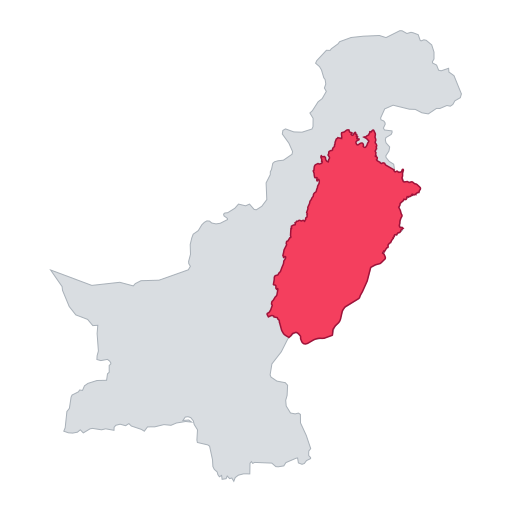 Punjab on a map of Pakistan (Equal Earth projection)
{"feature_id": "PAK-1113", "entity_name": "Punjab", "entity_type": "Province", "adm_level": 1, "iso_a3": "PAK", "parent_name": "Pakistan", "parent_adm1": "", "projection": "equal_earth", "projection_center": [72.142, 30.862], "detail": "fine", "context": "in_parent", "style": "filled", "palette": "rose", "viewbox_px": 512, "rotation_deg": 0, "n_neighbors": 0, "source": "natural_earth", "source_scale": "10m", "svg_char_len": 9683}
<svg xmlns="http://www.w3.org/2000/svg" viewBox="0 0 512 512"><path d="M454.0,75.7L461.4,93.9L460.3,97.7L454.9,100.8L452.8,104.5L450.3,106.2L446.9,105.5L439.8,108.5L436.5,108.4L428.3,113.9L421.9,112.8L415.3,109.4L409.4,109.2L393.1,105.2L384.7,108.9L380.6,118.0L381.0,119.8L383.8,121.0L385.0,122.7L385.2,124.2L383.4,128.1L384.5,130.0L392.0,130.9L392.1,132.4L391.2,134.4L385.9,137.6L385.3,139.9L386.0,142.8L389.7,147.0L388.9,151.1L385.8,155.9L386.1,157.6L389.2,161.4L393.7,164.2L394.4,168.6L393.8,170.3L395.0,171.7L402.8,172.1L402.3,177.1L403.4,180.9L406.1,182.1L411.1,182.0L417.3,185.0L419.9,188.1L419.7,190.3L417.9,192.8L405.0,199.2L400.4,203.6L399.2,207.2L401.4,215.5L399.6,225.0L400.2,226.8L402.0,227.4L402.6,230.1L396.2,234.9L395.1,234.9L386.8,247.5L384.0,250.4L383.6,253.2L385.0,257.7L381.8,262.0L370.9,267.4L367.1,280.5L358.8,298.4L344.4,307.8L343.1,309.7L338.9,321.8L334.3,327.6L332.3,335.0L323.8,338.2L314.6,339.5L306.6,343.5L304.6,343.7L301.9,341.6L300.3,335.8L296.7,332.9L294.5,332.8L287.8,338.9L281.3,351.8L271.9,363.9L270.1,374.9L271.0,377.1L276.9,381.1L285.3,382.7L287.6,385.3L287.1,395.4L285.7,400.3L286.2,406.0L290.5,413.0L295.2,413.9L298.4,413.1L300.4,414.4L300.5,422.9L306.3,435.5L310.7,448.6L308.8,451.0L308.7,452.6L308.7,455.6L310.6,457.6L310.6,458.6L306.5,460.6L304.3,463.5L302.0,464.3L298.4,462.9L297.6,458.0L296.1,458.2L285.9,462.6L283.8,465.9L278.2,466.8L275.8,466.6L271.8,463.1L254.6,462.4L252.7,463.4L251.4,461.6L250.0,463.3L249.8,473.9L243.7,473.8L238.3,475.2L235.2,477.6L233.8,481.3L231.8,478.0L229.6,478.6L227.2,476.0L226.1,478.7L222.1,479.3L221.6,475.4L219.4,476.8L217.9,474.7L217.2,472.0L214.3,469.4L212.9,466.5L212.5,459.7L209.6,446.2L207.8,444.9L197.4,442.5L196.9,440.1L197.5,429.8L194.2,424.5L193.3,420.8L190.7,417.6L188.0,416.7L185.2,417.1L182.9,420.5L188.7,420.0L191.6,422.1L185.6,421.5L176.4,423.0L171.0,425.3L163.9,424.6L154.9,426.8L147.5,426.9L144.3,431.2L141.4,429.4L131.3,426.0L128.9,423.6L125.6,425.7L120.1,424.2L115.8,425.3L114.1,427.3L114.0,430.3L105.6,428.8L101.6,429.8L92.5,428.4L90.1,428.8L83.3,432.9L80.3,429.8L77.4,432.2L72.6,433.1L68.4,432.8L63.8,431.2L65.2,427.7L66.9,411.5L69.4,408.3L71.1,397.1L72.1,395.0L78.5,391.8L79.6,390.0L82.5,390.4L84.5,385.8L87.9,383.4L97.0,380.5L106.6,380.3L107.5,373.8L109.2,372.3L109.2,365.5L110.8,363.9L110.8,362.9L109.6,361.0L107.4,359.4L100.8,360.6L96.9,359.5L97.1,355.8L98.4,351.0L97.1,333.6L97.8,325.3L92.8,325.6L87.6,319.4L75.8,314.9L69.2,306.5L62.5,290.3L62.1,286.6L50.6,270.0L91.8,285.4L119.8,282.3L133.3,285.9L135.3,283.6L141.0,280.7L159.0,280.2L188.3,269.8L190.4,266.3L188.8,263.7L188.6,261.5L190.5,254.3L190.2,244.5L191.8,237.9L193.2,234.2L198.3,230.6L201.9,224.7L204.4,222.3L206.9,220.9L209.5,221.1L211.7,223.0L216.0,223.9L220.2,223.3L227.5,219.6L227.4,218.4L224.0,215.9L223.6,214.1L224.8,213.0L227.7,212.7L234.8,208.3L238.5,204.1L245.6,205.8L249.5,204.1L254.1,209.4L256.3,209.8L261.8,206.3L266.8,199.6L266.1,182.9L270.3,174.6L270.3,171.8L271.5,169.5L272.8,163.3L274.5,161.8L277.9,160.8L283.4,160.2L292.0,154.3L292.6,151.6L288.9,143.2L282.3,134.0L282.9,130.4L285.5,128.9L293.8,131.9L302.0,132.2L312.0,129.0L313.0,126.6L313.1,118.3L309.9,113.0L312.4,110.7L318.1,101.8L322.2,98.6L326.3,91.4L324.4,88.0L325.8,84.0L325.1,79.5L323.8,77.8L321.5,70.0L319.5,66.6L315.6,63.2L316.8,60.6L326.4,50.3L330.1,50.4L331.4,48.7L338.1,43.8L339.6,41.7L351.1,37.5L363.3,36.2L379.4,35.5L386.0,37.6L399.8,30.7L402.1,30.8L406.9,33.5L411.0,32.3L413.2,32.8L418.2,34.7L420.2,40.4L421.1,40.9L423.9,39.8L426.2,40.3L431.7,44.9L434.0,52.1L434.0,59.0L432.4,61.7L432.6,63.0L436.6,65.1L438.6,70.2L441.2,70.8L448.6,68.3L448.9,72.0L454.0,75.7Z" fill="#d9dde1" stroke="#a8b0b8" stroke-width="1"/><path d="M417.2,184.7L419.7,187.0L420.4,187.9L420.5,188.7L420.3,189.4L419.5,190.4L418.9,192.5L417.8,192.5L416.5,193.2L415.9,193.8L415.9,194.6L415.0,194.4L414.5,194.8L414.1,194.9L412.5,194.2L412.1,194.3L412.3,195.3L411.4,195.2L411.2,195.4L410.7,196.2L410.4,196.4L408.7,196.5L408.3,197.1L407.2,196.6L406.8,197.4L406.6,198.5L406.1,199.4L405.6,199.6L403.9,199.2L403.2,200.7L402.5,201.2L400.2,203.3L400.0,203.9L399.9,205.2L399.6,205.6L399.4,206.3L399.1,206.6L398.7,207.2L400.4,210.6L401.2,213.8L402.0,215.1L402.0,215.7L401.9,216.4L400.9,218.1L399.9,221.0L399.8,221.8L399.8,223.3L399.3,225.3L399.5,226.5L400.1,227.4L400.5,227.6L402.1,227.4L403.2,228.4L401.2,229.8L400.8,230.4L400.8,231.1L399.7,232.5L398.1,232.8L397.7,233.1L397.3,233.5L396.7,234.9L395.2,234.6L394.6,234.9L394.2,235.5L394.4,236.1L394.2,236.7L393.1,237.5L393.3,238.4L392.5,239.2L391.4,240.8L391.2,241.5L390.9,241.9L390.7,242.6L389.4,243.2L388.3,244.5L388.0,245.1L388.1,246.3L388.1,247.1L387.7,247.6L386.7,247.9L384.8,251.0L384.1,250.9L384.2,251.8L383.8,251.7L383.2,252.0L382.8,252.5L382.6,253.2L383.9,254.0L385.0,256.3L385.4,257.8L385.2,258.8L381.0,262.9L380.0,263.6L375.4,264.8L371.0,267.2L370.6,267.7L367.2,281.0L362.5,291.5L360.3,295.4L359.5,297.7L358.7,298.6L345.4,306.7L344.7,307.3L342.8,310.1L342.2,311.5L340.7,318.4L340.2,320.0L339.5,321.5L338.5,322.8L335.3,325.8L333.2,329.0L332.8,330.3L332.5,334.5L332.4,335.1L332.0,335.4L324.3,338.2L322.1,338.4L320.1,338.2L317.9,338.4L315.7,339.0L313.7,339.8L307.6,343.4L305.5,344.0L303.7,343.7L302.3,342.6L301.4,340.9L300.6,338.7L300.6,336.7L300.4,336.0L298.5,333.7L297.2,332.7L295.9,332.3L294.4,332.9L292.9,333.3L292.4,333.7L291.0,335.6L288.9,337.4L286.0,335.7L284.4,334.6L283.5,333.6L281.9,330.8L281.5,329.8L280.0,324.2L279.8,323.3L279.4,322.4L279.3,320.7L279.0,320.1L277.9,319.1L277.3,317.6L274.2,317.0L273.9,316.9L273.8,316.2L273.7,316.0L272.1,315.5L271.1,315.6L268.4,316.9L267.1,314.5L267.1,313.8L267.3,313.4L269.2,312.3L270.7,309.9L272.3,305.3L272.1,304.9L271.5,304.0L271.7,302.5L272.0,301.5L273.3,300.2L275.2,297.0L276.4,295.9L276.9,294.9L277.8,289.8L277.8,288.8L277.6,288.6L277.4,288.7L276.7,289.3L275.9,288.3L275.9,286.3L275.8,285.6L275.2,285.1L273.7,284.8L273.4,284.4L274.2,279.8L274.3,277.3L274.7,276.3L275.0,275.9L276.0,275.4L277.5,275.1L278.1,274.6L279.0,272.9L280.4,271.6L281.9,267.5L283.3,264.2L283.6,263.0L283.7,261.8L283.9,260.8L284.9,259.5L285.6,258.0L285.7,257.0L285.4,256.6L284.6,256.6L284.2,256.9L283.8,257.6L283.7,257.6L283.5,257.3L283.5,256.2L282.9,255.8L282.9,255.4L283.6,252.5L283.9,250.7L284.1,249.8L286.5,245.0L286.6,244.5L286.2,243.4L286.6,241.5L287.0,241.2L287.8,241.0L289.9,237.7L290.7,237.5L290.8,237.3L290.8,236.5L290.5,235.5L290.9,228.8L291.2,229.0L291.6,228.3L291.4,226.5L291.4,226.2L293.5,225.0L295.1,224.8L295.3,224.4L295.1,222.9L295.5,223.0L295.7,222.8L296.1,221.9L296.6,221.2L297.8,221.2L299.1,220.3L299.9,220.4L301.3,221.0L303.2,220.3L304.6,221.3L305.0,220.4L305.7,219.5L305.6,218.9L305.9,217.9L306.0,217.6L306.8,217.2L307.0,216.9L307.2,215.7L306.9,214.7L307.4,214.0L306.6,212.6L307.9,208.8L307.8,207.3L309.5,203.6L309.9,201.6L310.2,200.9L311.3,199.5L311.8,198.1L313.1,196.5L313.3,195.9L313.4,194.8L313.7,193.9L314.6,192.8L315.9,191.9L316.2,191.4L316.7,189.3L317.4,187.7L317.6,186.1L319.0,183.5L319.2,183.0L319.3,180.6L319.0,180.0L318.9,179.7L318.7,179.4L318.3,179.5L318.1,180.0L317.7,180.2L317.3,180.9L317.1,180.9L316.9,180.6L316.7,179.9L317.0,178.5L317.0,177.7L316.8,177.6L315.2,177.8L314.9,177.6L314.6,177.1L314.2,175.0L314.1,173.4L313.2,170.9L313.9,170.3L314.2,167.3L314.4,166.3L315.0,165.2L315.4,164.8L318.0,163.5L319.2,164.1L321.5,163.4L321.8,163.1L322.2,162.3L322.3,161.9L322.1,161.4L321.6,161.4L321.8,159.5L321.3,158.6L321.3,157.9L320.9,157.3L320.9,156.9L321.1,155.9L321.3,155.7L321.9,156.4L322.6,156.7L323.1,156.8L324.1,156.4L324.9,156.9L325.5,157.7L325.6,159.2L326.0,160.2L326.9,161.3L328.2,161.9L328.4,161.5L328.5,160.2L328.7,159.6L329.4,158.5L329.5,157.8L329.4,157.1L328.5,155.7L328.2,155.4L328.1,154.8L328.8,153.3L328.7,152.1L329.2,151.4L330.6,150.6L331.9,150.5L332.4,149.9L332.6,149.8L332.5,149.1L333.2,147.6L334.3,146.7L334.5,146.4L334.5,144.9L335.0,144.0L335.1,142.2L336.3,139.0L337.3,138.4L337.9,137.6L338.6,137.9L339.5,138.0L340.4,138.4L341.0,138.0L341.6,138.4L341.8,137.1L341.4,133.9L341.7,132.7L344.4,131.9L346.5,130.2L347.4,129.9L348.9,129.9L349.5,131.8L349.9,132.2L351.5,132.6L352.0,132.8L352.1,133.1L351.3,133.9L351.1,134.4L351.9,135.2L352.2,135.4L353.1,135.1L353.6,134.0L354.2,133.7L354.2,133.1L354.8,132.5L355.2,132.3L355.7,132.9L355.5,133.7L355.6,133.9L356.0,134.5L356.6,134.4L356.8,134.7L356.8,135.6L356.4,136.2L356.7,136.4L357.2,136.3L357.7,136.7L357.5,137.1L356.8,137.8L356.8,138.3L356.9,138.7L357.7,138.6L358.3,139.0L359.0,139.0L359.0,139.7L356.6,141.0L356.0,141.9L355.9,142.7L356.6,144.3L357.1,144.8L357.8,144.9L358.3,144.7L360.1,143.5L361.0,143.1L361.9,143.0L362.5,143.2L363.1,143.9L363.5,145.1L363.2,146.4L363.7,147.0L364.9,147.5L365.5,147.3L366.8,145.5L367.7,143.0L368.6,141.8L368.8,141.0L366.5,138.5L363.9,137.1L364.4,136.9L365.6,137.0L366.8,135.9L368.7,134.9L369.0,133.9L369.8,132.8L369.7,131.9L370.0,131.6L371.2,131.9L372.2,130.5L373.1,130.0L373.7,130.3L375.3,133.6L375.4,134.7L375.0,137.1L375.7,139.1L375.8,140.3L375.3,141.8L375.2,142.8L376.2,144.1L376.7,145.4L376.7,145.9L376.6,146.2L376.2,146.6L376.6,148.8L376.0,149.2L375.7,150.2L375.2,151.0L375.3,151.6L376.0,152.8L375.7,153.8L375.9,155.7L375.4,155.9L375.4,156.3L376.3,156.2L376.4,156.9L377.2,157.4L377.3,157.8L377.1,159.2L376.5,159.8L377.0,160.5L377.8,161.1L379.3,161.9L380.1,162.4L380.3,162.9L381.1,163.4L381.6,163.5L382.5,163.0L383.7,162.9L384.6,163.3L385.6,165.0L394.1,169.9L393.8,170.3L394.4,171.4L394.8,171.7L395.3,171.9L396.6,171.2L397.1,171.1L398.7,172.4L400.5,172.2L401.6,171.6L402.1,169.9L402.5,169.4L403.0,169.3L403.3,169.6L403.4,170.3L402.5,173.2L402.6,176.0L402.0,177.7L402.1,178.4L402.9,180.8L403.5,181.7L404.4,182.0L407.3,181.5L409.0,182.5L410.1,182.4L411.1,181.9L412.0,181.8L412.8,182.2L414.6,183.7L416.4,184.1L417.2,184.7Z" fill="#f43f5e" stroke="#9f1239" stroke-width="1.5"/></svg>